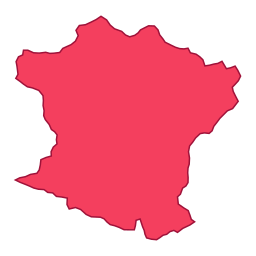 the district of Barão de Monte Alto, Minas Gerais, Brazil
{"feature_id": "56859067B36277633207568", "entity_name": "Barão de Monte Alto", "entity_type": "district", "adm_level": 2, "iso_a3": "BRA", "parent_name": "Brazil", "parent_adm1": "Minas Gerais", "projection": "albers", "projection_center": [-42.281, -21.268], "detail": "fine", "context": "isolated", "style": "filled", "palette": "rose", "viewbox_px": 256, "rotation_deg": 0, "n_neighbors": 0, "source": "geoboundaries", "source_scale": "gbopen_adm2", "svg_char_len": 2027}
<svg xmlns="http://www.w3.org/2000/svg" viewBox="0 0 256 256"><path d="M222.0,61.3L217.9,63.4L213.7,64.1L209.6,65.2L204.9,65.9L202.9,59.8L199.8,56.8L196.1,54.2L190.4,52.8L188.0,48.2L184.0,48.9L179.7,48.6L175.5,47.3L170.5,44.9L165.1,42.2L162.9,38.9L159.7,34.9L158.0,29.9L154.4,26.0L148.6,25.8L144.4,27.9L140.5,29.9L138.1,32.9L134.8,35.3L129.7,36.8L125.5,35.0L121.7,31.4L114.5,28.8L110.2,25.1L106.6,19.9L101.0,16.3L96.1,19.6L91.1,22.1L85.5,24.7L79.3,25.5L76.0,30.3L78.2,35.7L75.4,41.2L71.0,44.7L66.5,46.7L62.8,48.4L59.7,52.5L53.8,53.2L49.8,53.4L45.7,52.3L39.3,53.1L33.6,52.8L27.8,50.2L23.5,50.2L22.7,54.9L18.5,56.8L16.1,61.6L16.9,65.7L17.5,70.3L18.0,74.3L15.8,78.4L19.8,81.2L23.6,84.2L27.4,86.8L32.4,87.9L38.8,90.4L43.0,95.6L43.4,100.6L43.1,105.6L44.1,110.7L43.7,115.7L45.3,119.6L49.2,124.5L51.4,129.5L54.6,131.7L57.1,134.9L56.4,139.8L57.0,143.9L53.3,147.1L51.1,151.7L51.3,156.0L46.0,157.5L40.9,159.7L40.3,165.0L39.2,170.0L36.9,173.3L30.5,174.4L25.4,176.7L19.8,177.8L15.4,180.0L20.1,182.3L25.2,184.3L29.8,186.2L33.7,188.0L38.3,189.2L44.1,189.6L47.7,192.4L52.7,192.9L56.4,196.4L61.6,197.0L67.3,198.1L67.0,204.5L69.2,209.0L75.5,207.5L80.7,209.5L86.1,214.4L91.3,216.8L95.8,217.0L100.5,217.2L104.1,218.8L107.0,222.0L110.2,224.6L114.6,225.7L119.2,227.4L124.0,229.7L130.1,229.8L134.3,229.8L135.4,225.7L136.1,220.3L140.1,219.0L142.6,226.7L144.2,230.4L145.0,234.2L146.6,237.9L151.4,239.2L156.6,239.7L160.0,237.5L163.1,235.2L166.7,234.3L170.0,231.6L173.9,230.4L177.5,232.4L182.9,228.3L189.9,225.0L194.6,221.8L191.3,219.4L189.9,215.1L188.2,210.6L183.9,208.0L178.3,204.1L177.5,196.8L180.4,194.2L182.6,188.1L185.9,186.0L188.0,182.6L188.1,177.5L187.7,172.8L188.0,168.0L189.2,164.2L189.5,158.0L188.5,151.7L189.6,145.9L192.6,142.3L195.6,137.9L200.2,133.6L204.4,132.9L209.1,133.4L212.1,130.8L213.8,126.3L216.7,122.6L219.9,118.3L227.4,110.8L232.6,108.6L238.2,101.3L235.5,96.1L233.2,91.4L232.3,87.2L235.4,84.0L238.3,80.8L240.6,76.1L237.8,70.4L235.1,66.1L230.6,67.8L226.4,68.7L222.0,61.3Z" fill="#f43f5e" stroke="#9f1239" stroke-width="1.5"/></svg>